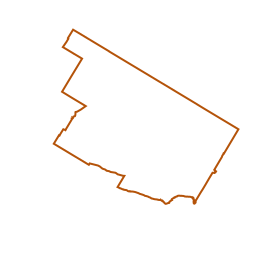 the district of Mount Remarkable, South Australia, Australia, rotated 301°
{"feature_id": "25037944B97955965068321", "entity_name": "Mount Remarkable", "entity_type": "district", "adm_level": 2, "iso_a3": "AUS", "parent_name": "Australia", "parent_adm1": "South Australia", "projection": "mercator", "projection_center": [138.036, -32.718], "detail": "fine", "context": "isolated", "style": "outline", "palette": "amber", "viewbox_px": 256, "rotation_deg": 301, "n_neighbors": 0, "source": "geoboundaries", "source_scale": "gbopen_adm2", "svg_char_len": 4640}
<svg xmlns="http://www.w3.org/2000/svg" viewBox="0 0 256 256"><g transform="rotate(301 128 128)"><path d="M76.3,72.5L76.3,113.4L77.9,113.4L80.4,121.7L80.4,121.9L80.4,122.1L80.5,123.6L80.5,123.8L80.4,124.2L80.1,126.4L80.0,126.9L80.0,127.1L80.1,127.5L80.5,129.2L80.6,129.6L80.6,129.9L80.6,130.2L80.5,131.0L80.4,131.3L80.4,131.6L80.5,131.8L80.5,132.1L80.6,132.3L81.1,133.6L81.2,134.0L81.3,134.2L81.3,134.4L81.3,135.4L81.4,135.6L81.4,135.9L83.0,139.8L83.1,140.1L83.2,140.4L83.2,140.7L83.0,142.9L83.0,143.2L83.1,143.4L84.5,148.4L84.8,148.9L85.1,149.5L72.0,149.5L72.1,150.1L72.1,150.7L72.2,151.4L72.3,151.8L72.2,152.1L72.2,152.3L72.4,152.7L72.5,153.4L72.5,153.6L72.6,153.8L72.6,154.6L72.8,155.4L72.9,155.7L73.0,155.8L72.9,156.0L73.1,156.5L73.3,157.2L73.6,157.8L73.8,158.1L73.8,158.4L73.9,158.6L74.0,159.3L74.0,159.6L73.9,160.5L74.1,161.3L74.2,161.5L74.3,161.5L74.7,161.9L74.9,162.2L74.9,162.3L74.8,162.2L74.6,162.0L74.6,162.3L74.7,162.6L74.9,163.0L75.0,163.2L75.1,163.3L75.3,163.6L75.5,163.9L75.6,164.2L75.7,164.3L75.9,164.7L76.0,164.9L76.3,165.7L76.6,166.5L76.8,167.1L77.0,167.9L77.1,168.4L77.2,168.8L77.3,169.6L77.5,170.0L77.5,170.5L77.6,171.1L77.6,171.6L77.6,171.9L77.6,172.0L77.7,172.3L77.9,172.8L78.0,173.6L78.2,174.0L78.2,174.3L78.3,174.6L78.3,174.8L78.4,175.0L78.5,175.5L78.6,175.9L78.6,176.8L78.6,177.0L78.6,177.5L78.7,177.8L78.8,178.0L79.1,178.8L79.3,179.7L79.5,180.2L79.5,180.8L79.5,181.3L79.6,181.7L79.6,182.0L79.8,182.7L79.8,183.5L79.7,184.0L79.8,184.6L79.8,184.8L80.1,185.4L80.2,185.6L80.2,185.9L80.3,186.3L80.5,187.0L80.6,187.3L80.7,187.5L81.0,188.3L81.6,189.4L81.7,189.7L81.7,190.1L81.9,190.3L82.0,190.6L82.1,191.1L82.2,191.3L82.2,191.5L82.3,191.7L82.6,192.1L82.9,192.8L83.0,193.0L83.3,193.0L83.2,193.3L83.1,193.5L83.1,194.1L83.0,194.5L83.0,194.9L83.0,195.0L83.3,194.9L83.5,194.9L83.5,195.0L83.4,195.4L83.2,195.8L83.1,196.1L83.0,196.4L82.9,196.8L82.9,197.0L82.9,197.3L82.7,197.5L82.5,197.8L82.5,198.1L82.5,198.4L82.4,198.7L82.3,199.0L82.4,199.3L82.8,199.8L83.0,200.0L83.3,200.2L83.6,200.5L83.9,200.7L84.1,200.9L84.2,201.0L84.3,201.0L84.5,201.2L84.6,201.4L84.8,201.6L84.9,201.8L85.2,201.9L85.3,201.9L85.5,201.8L85.7,201.7L85.8,201.7L86.1,201.5L86.4,201.6L87.1,201.9L87.4,202.1L87.5,202.2L87.8,202.2L88.3,202.5L88.7,202.6L88.8,202.7L89.0,202.3L89.2,202.2L89.4,202.2L89.5,202.3L89.8,202.3L90.0,202.4L90.5,202.7L90.8,202.8L91.3,203.0L91.6,203.3L92.0,203.6L92.1,203.4L92.3,203.4L92.6,203.6L93.0,203.9L93.2,204.1L93.3,204.2L94.1,204.7L94.2,204.9L94.3,204.9L94.4,205.0L94.5,205.1L94.7,205.3L95.0,205.6L94.8,205.4L94.7,205.2L94.9,205.4L95.0,205.4L95.2,205.5L95.3,205.5L95.5,205.7L95.7,205.8L96.0,206.2L96.2,206.5L96.3,206.7L96.5,207.0L96.6,207.3L96.8,207.6L97.0,208.2L97.1,208.3L97.4,208.7L97.5,208.9L97.5,209.0L97.7,209.4L98.1,210.1L98.2,210.3L98.4,211.0L98.6,211.8L98.6,212.1L99.3,213.4L99.4,213.7L99.8,214.2L100.0,214.7L100.1,215.0L100.3,215.3L100.5,215.7L100.7,216.0L101.1,216.8L101.2,217.1L101.3,217.6L101.4,218.0L101.5,218.4L101.6,218.6L101.8,218.7L101.9,218.9L101.9,219.2L101.9,219.5L101.9,219.8L101.7,220.1L101.6,220.3L101.4,220.3L101.2,220.1L100.9,220.0L100.8,220.5L100.9,220.8L100.8,221.0L100.7,221.0L100.4,221.1L100.1,221.4L99.9,221.5L99.8,221.9L100.0,222.2L100.2,222.5L100.5,222.8L100.3,222.8L100.1,222.8L99.9,222.7L99.7,222.4L99.2,222.3L99.0,222.2L98.8,222.1L98.7,222.1L98.4,222.3L98.0,222.6L97.8,222.8L97.5,223.0L97.4,223.1L97.4,223.4L97.5,223.7L97.5,223.8L97.4,223.9L97.5,224.0L97.9,224.0L98.1,224.1L98.5,224.3L98.9,224.3L99.2,224.2L99.4,224.1L99.5,224.0L99.7,223.9L99.5,223.7L99.7,223.4L99.8,223.4L99.9,223.2L100.0,223.2L100.0,223.3L100.4,223.5L100.5,223.5L101.5,223.5L102.4,223.5L110.2,223.5L113.9,223.6L119.2,223.6L126.4,223.5L133.2,223.5L134.0,225.3L135.3,225.3L135.3,225.8L136.2,225.8L136.2,224.3L136.7,224.1L136.7,223.5L151.7,223.4L152.7,223.1L153.2,223.1L153.3,223.1L153.8,223.2L154.1,223.2L155.4,223.0L155.4,223.4L155.5,223.4L183.8,223.3L183.8,202.3L183.8,199.7L183.8,194.8L183.8,194.0L183.8,193.7L183.8,185.0L183.8,182.0L183.9,167.4L183.9,158.8L183.9,155.2L183.9,130.4L183.9,130.2L183.9,127.6L183.9,109.5L183.9,97.2L183.9,72.5L184.0,72.4L184.0,58.5L184.0,56.5L184.0,30.3L174.1,30.2L173.8,30.9L173.7,30.9L169.8,30.9L168.6,30.8L163.8,30.5L163.8,41.2L163.8,42.6L163.7,43.2L163.8,43.4L163.8,52.9L160.4,52.9L142.8,52.8L125.1,52.8L125.0,64.8L125.0,80.5L119.8,78.2L118.6,77.6L118.3,77.4L115.8,76.0L114.7,74.8L114.1,75.0L113.6,75.4L112.3,76.0L112.0,76.2L110.8,76.4L110.4,76.1L109.8,75.4L108.1,75.5L108.1,75.4L108.0,75.5L107.9,75.4L107.6,75.4L107.2,75.0L107.0,75.4L94.2,75.4L94.2,75.5L93.9,75.5L93.9,75.3L94.0,75.3L93.6,73.2L88.3,73.1L86.3,73.2L86.3,72.6L76.3,72.5Z" fill="none" stroke="#b45309" stroke-width="2"/></g></svg>